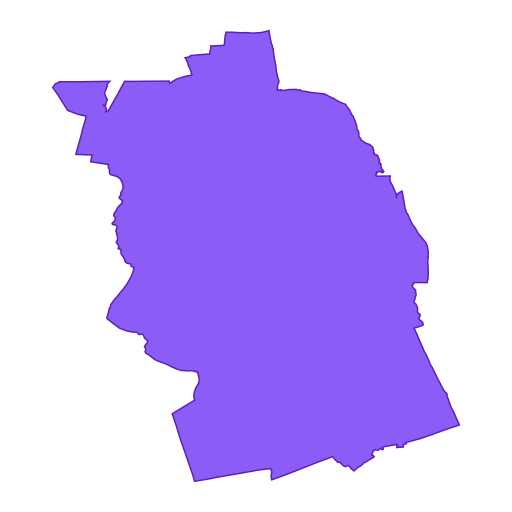 Scornicesti, Olt, Romania (Equal Earth projection)
{"feature_id": "2599482B90884905800424", "entity_name": "Scornicesti", "entity_type": "district", "adm_level": 2, "iso_a3": "ROU", "parent_name": "Romania", "parent_adm1": "Olt", "projection": "equal_earth", "projection_center": [24.55, 44.575], "detail": "fine", "context": "isolated", "style": "filled", "palette": "violet", "viewbox_px": 512, "rotation_deg": 0, "n_neighbors": 0, "source": "geoboundaries", "source_scale": "gbopen_adm2", "svg_char_len": 6016}
<svg xmlns="http://www.w3.org/2000/svg" viewBox="0 0 512 512"><path d="M271.7,479.8L284.9,475.1L317.6,462.2L332.8,456.6L334.0,458.5L337.8,462.3L339.6,462.3L341.4,463.7L343.1,465.6L345.4,466.7L348.3,465.6L348.9,465.6L350.9,468.5L353.2,470.2L353.8,471.0L358.1,467.3L361.3,465.5L362.1,464.5L362.8,464.1L364.0,462.8L365.5,462.2L374.2,456.8L373.3,455.4L372.0,455.3L371.8,454.9L371.8,454.4L372.6,453.0L372.5,452.7L372.5,452.0L373.4,450.9L374.4,450.5L374.7,449.8L375.2,449.6L376.0,450.0L377.6,450.2L378.7,450.0L379.4,449.5L379.7,448.8L380.1,448.4L381.0,448.6L381.8,449.5L382.7,449.6L383.3,449.3L383.4,449.0L382.7,447.8L382.7,447.3L382.9,446.9L396.9,444.4L396.7,446.0L397.2,446.0L396.8,447.5L403.4,447.0L403.4,444.5L406.3,443.8L406.0,442.5L421.9,438.1L428.0,435.9L432.7,434.4L434.8,433.4L438.5,432.2L443.5,430.3L459.3,425.0L458.5,422.7L457.5,421.0L453.3,411.2L452.1,409.3L450.5,405.7L447.7,397.7L447.0,396.2L446.9,395.3L447.1,394.7L447.1,394.1L446.1,392.7L444.8,391.7L443.9,390.5L437.4,378.2L432.3,367.6L430.2,364.3L428.7,360.4L426.2,354.9L424.0,350.8L417.0,334.4L414.0,328.2L421.2,325.9L423.0,325.0L423.3,324.7L422.7,323.1L422.8,322.9L422.7,322.3L422.0,321.8L420.9,320.6L420.0,320.3L418.7,318.4L418.9,317.9L419.3,317.7L419.3,317.0L420.1,315.8L420.0,315.4L420.3,314.9L419.8,314.2L417.6,312.5L417.5,307.5L416.0,304.2L414.0,302.4L414.0,302.0L414.2,300.8L415.1,298.6L414.9,297.7L415.9,295.7L416.1,293.5L415.6,292.5L415.6,290.3L415.1,289.5L413.0,287.6L412.4,286.6L412.3,285.6L412.5,285.2L413.5,284.1L413.5,282.6L427.3,282.6L427.5,280.3L428.0,278.9L428.3,272.9L428.1,269.6L428.2,266.9L427.8,264.6L428.0,264.2L427.8,263.7L427.9,263.0L427.7,261.9L428.2,257.2L428.1,255.1L428.2,251.5L427.4,246.3L425.6,242.3L418.2,233.4L416.5,230.2L414.5,227.0L414.2,227.1L411.2,222.2L408.0,214.8L406.3,212.2L405.9,210.5L405.2,208.9L402.5,193.2L402.0,191.1L399.5,192.4L398.0,193.6L397.1,195.0L396.6,196.3L396.1,193.5L394.8,191.0L392.7,186.0L390.2,181.4L389.9,178.0L390.3,176.0L376.2,176.2L376.2,175.9L375.9,175.4L376.2,175.3L376.1,174.2L376.3,173.6L376.9,173.1L376.4,172.9L376.6,172.0L377.5,172.0L378.6,171.5L380.1,171.5L381.9,172.7L382.3,172.1L383.4,172.3L383.8,171.4L383.0,170.8L382.8,170.9L382.6,170.5L382.7,169.9L382.0,169.8L381.7,169.5L381.8,169.2L381.3,168.8L381.5,167.8L381.1,167.2L381.2,166.7L380.7,165.5L381.1,164.7L380.6,163.3L379.2,163.7L378.9,162.4L379.4,161.5L379.2,161.2L379.6,161.0L379.6,160.2L379.4,159.5L378.4,157.9L378.3,157.1L378.1,157.0L377.9,156.0L377.4,155.9L377.4,155.5L376.6,155.2L376.4,154.8L375.7,155.2L374.5,154.1L374.5,153.7L374.0,153.5L374.1,152.7L373.3,152.1L373.4,151.1L373.8,150.7L373.8,150.1L373.5,149.4L373.0,148.9L373.1,147.9L372.1,146.5L369.5,144.4L365.9,143.3L364.2,142.3L363.6,141.6L361.8,140.6L361.1,139.6L359.9,137.5L359.1,136.6L358.9,135.7L358.9,134.7L358.7,132.2L358.2,130.6L357.0,129.3L356.8,128.8L356.8,126.2L354.9,120.6L352.9,115.8L351.9,115.0L349.5,109.8L347.2,107.0L345.6,104.4L339.1,101.8L333.8,98.6L329.5,96.6L324.5,93.9L311.1,92.5L304.0,91.1L301.5,91.4L301.0,90.5L300.4,89.9L299.5,89.8L297.5,90.1L296.6,89.4L289.8,89.5L281.7,90.6L281.4,90.6L281.3,89.8L277.3,90.2L277.6,84.9L278.5,83.4L278.9,80.8L277.5,76.6L277.3,74.8L277.0,74.6L276.8,73.6L276.1,68.7L275.8,65.5L274.2,57.5L273.2,49.6L272.0,44.8L271.2,43.0L269.9,36.5L269.0,30.7L261.6,32.5L253.3,33.1L245.4,32.6L241.3,32.8L231.6,32.2L226.0,32.2L225.0,37.1L224.4,43.8L224.1,45.0L223.7,45.4L210.7,46.0L210.9,47.8L209.9,52.0L209.7,54.0L202.1,54.5L190.3,55.6L190.1,55.9L190.1,56.7L185.1,57.7L187.5,62.0L188.7,66.5L189.9,68.5L190.9,71.2L191.2,73.2L191.6,73.7L191.9,75.1L185.3,76.3L177.8,78.6L175.5,79.7L172.4,81.5L169.8,83.4L169.1,81.1L130.5,81.4L124.6,81.3L120.8,88.2L118.1,93.4L108.5,110.5L108.1,111.0L105.8,111.7L106.5,110.5L106.5,109.5L105.8,107.1L104.8,106.2L103.9,105.8L103.4,105.2L105.4,105.3L106.0,103.9L106.2,102.3L107.4,99.7L105.6,96.2L104.6,93.1L105.5,90.0L106.2,89.1L106.7,87.2L107.2,86.5L107.0,85.2L107.7,83.6L109.8,81.3L76.7,81.8L59.3,81.7L58.6,82.4L57.4,83.2L56.4,83.2L55.6,83.6L52.7,87.5L57.9,94.8L67.6,110.4L77.9,114.3L86.1,116.1L85.7,118.6L83.4,126.6L83.2,126.9L80.6,137.4L78.0,146.3L75.9,154.4L92.1,155.0L90.6,161.7L108.0,164.4L108.3,164.6L108.3,167.1L109.6,170.1L109.4,172.4L109.8,173.7L110.3,174.5L116.9,176.5L119.1,177.9L120.1,178.8L122.3,182.7L123.2,187.9L122.5,189.9L120.9,192.6L120.5,195.8L119.3,196.8L119.2,198.2L122.5,200.8L121.5,203.7L118.3,206.6L116.7,209.2L115.9,211.2L114.5,212.7L113.7,214.8L113.8,215.8L114.9,217.1L115.4,218.1L115.2,219.3L114.4,221.4L112.5,222.7L112.1,223.6L112.5,224.4L113.8,224.8L114.4,224.7L115.4,225.1L116.4,225.6L117.0,226.4L117.2,227.5L116.1,229.9L115.9,231.0L116.2,232.0L116.7,232.9L116.7,234.7L117.3,235.3L117.2,236.3L117.6,237.6L117.6,238.2L117.4,240.4L117.3,240.8L116.5,241.1L116.3,242.5L118.0,244.7L118.9,246.4L118.1,248.5L119.1,249.2L120.7,249.5L120.9,250.3L120.9,252.2L121.3,254.1L123.2,256.8L123.6,257.9L124.9,259.5L124.9,260.0L124.7,260.7L125.0,261.5L127.0,263.3L130.5,263.9L130.9,264.5L131.0,265.9L131.2,266.4L133.7,267.2L133.9,267.6L133.6,268.6L133.3,271.1L131.2,276.6L127.1,283.8L123.6,288.7L118.9,294.2L117.2,296.5L114.1,299.9L111.0,304.3L110.4,306.6L109.1,308.7L109.0,310.2L106.9,317.7L107.0,318.6L112.8,323.2L119.6,328.2L126.0,330.7L131.6,331.9L137.1,332.5L137.6,332.9L138.1,333.9L138.7,334.4L139.7,334.5L142.1,334.1L142.9,334.5L143.5,335.2L144.3,337.6L145.6,339.1L147.9,341.0L148.0,341.3L146.9,343.2L145.3,345.1L144.6,346.2L144.5,346.7L144.6,347.2L145.4,347.8L145.7,348.7L145.7,349.5L145.1,351.5L145.6,353.1L148.4,354.6L155.1,359.8L158.8,361.4L165.0,363.5L173.7,367.8L180.7,370.4L181.6,370.6L183.1,370.5L188.0,370.9L191.4,370.7L193.0,370.9L195.3,371.7L196.8,371.5L197.9,372.5L197.4,372.9L198.0,374.0L198.7,376.8L199.4,380.2L199.4,380.8L198.6,382.4L198.8,382.9L198.3,383.8L196.2,387.2L194.6,391.0L194.1,392.9L193.9,395.9L194.1,398.6L194.9,400.0L172.2,413.7L176.5,426.4L179.5,436.5L190.8,469.4L192.5,474.1L194.6,481.3L208.9,478.9L215.8,477.5L260.1,469.8L270.7,468.6L271.2,470.5L271.9,471.7L271.2,474.6L271.4,478.9L271.7,479.8Z" fill="#8b5cf6" stroke="#5b21b6" stroke-width="1.5"/></svg>